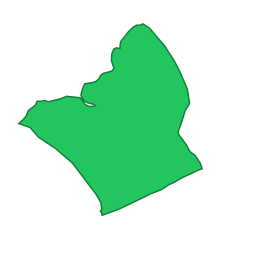 the district of Ngerchemai, Koror, Palau, rotated 320°
{"feature_id": "81905179B39054061568345", "entity_name": "Ngerchemai", "entity_type": "district", "adm_level": 2, "iso_a3": "PLW", "parent_name": "Palau", "parent_adm1": "Koror", "projection": "natural_earth1", "projection_center": [134.491, 7.348], "detail": "fine", "context": "isolated", "style": "filled", "palette": "green", "viewbox_px": 256, "rotation_deg": 320, "n_neighbors": 0, "source": "geoboundaries", "source_scale": "gbopen_adm2", "svg_char_len": 1216}
<svg xmlns="http://www.w3.org/2000/svg" viewBox="0 0 256 256"><g transform="rotate(320 128 128)"><path d="M158.7,206.9L160.7,201.2L161.8,192.6L160.3,185.7L161.9,178.1L162.7,165.4L164.3,162.9L170.8,159.2L174.4,157.0L182.9,151.5L191.0,148.8L198.5,136.2L203.6,119.3L206.0,108.9L206.5,106.8L206.9,103.8L208.8,88.8L208.7,72.7L208.7,65.6L206.3,57.8L203.2,57.0L200.8,54.8L197.3,54.1L190.5,54.5L177.6,57.2L172.8,62.0L170.7,59.2L167.6,58.5L162.9,61.1L158.6,65.9L156.7,70.4L155.8,73.2L152.3,74.0L143.8,70.2L141.3,70.0L136.7,71.7L133.1,71.6L130.7,70.7L123.3,66.4L118.1,68.9L113.3,72.3L112.1,75.2L112.1,79.3L112.8,82.0L115.5,85.9L117.3,88.3L117.1,89.8L115.2,89.0L112.5,87.0L111.0,84.2L110.3,82.5L110.7,78.5L110.7,75.6L110.7,74.0L101.4,64.3L93.9,61.8L83.7,56.6L82.1,53.6L78.2,51.3L75.5,49.1L72.1,50.8L68.6,50.9L63.1,50.5L57.6,53.4L54.0,54.1L47.2,54.5L53.3,64.7L53.6,77.8L59.6,98.1L60.4,103.8L62.9,119.6L60.9,158.4L59.8,165.3L59.0,168.1L57.7,170.4L55.2,173.9L53.4,173.8L53.2,176.3L52.1,178.3L59.1,180.8L62.6,182.1L70.7,184.8L73.9,185.6L83.0,188.0L93.8,190.7L101.6,192.5L114.1,196.7L122.2,197.6L127.0,198.9L133.4,200.1L137.7,200.9L147.6,203.6L153.7,205.1L158.7,206.9Z" fill="#22c55e" stroke="#15803d" stroke-width="1.5"/></g></svg>